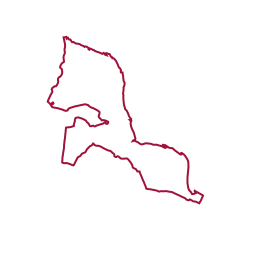 map outline of Mozambique (Mercator projection), rotated 295°
{"feature_id": "MOZ", "entity_name": "Mozambique", "entity_type": "country or territory", "adm_level": 0, "iso_a3": "MOZ", "parent_name": "Africa", "parent_adm1": "", "projection": "mercator", "projection_center": [35.316, -18.663], "detail": "fine", "context": "isolated", "style": "outline", "palette": "rose", "viewbox_px": 256, "rotation_deg": 295, "n_neighbors": 0, "source": "natural_earth", "source_scale": "50m", "svg_char_len": 5398}
<svg xmlns="http://www.w3.org/2000/svg" viewBox="0 0 256 256"><g transform="rotate(295 128 128)"><path d="M80.8,170.1L82.3,168.9L83.9,167.1L85.8,165.1L87.4,163.2L88.9,161.6L90.8,159.5L92.8,157.3L93.3,157.0L93.5,156.8L92.6,154.9L94.0,152.7L94.1,151.3L94.0,149.9L94.2,149.3L94.6,148.7L96.2,147.5L97.4,145.7L98.4,144.0L99.7,141.2L99.9,140.6L99.9,139.9L99.5,139.0L98.6,137.5L97.9,136.2L97.3,134.2L97.9,132.5L98.1,131.4L98.1,130.8L97.9,130.3L97.2,129.9L96.7,129.6L96.5,128.9L96.5,128.1L96.7,127.6L98.2,126.8L98.5,126.4L98.7,126.0L98.7,125.3L99.2,123.7L99.7,122.1L99.8,121.5L99.6,121.1L99.4,120.2L99.3,118.8L99.3,115.1L99.6,111.3L99.5,109.1L98.5,106.6L98.4,104.9L99.1,103.6L99.2,102.9L98.7,102.8L97.7,102.7L96.9,102.5L95.8,101.4L93.7,100.6L91.4,99.8L88.0,99.6L85.2,97.1L83.0,96.7L82.3,96.4L80.2,94.9L76.9,94.7L73.4,94.6L71.3,94.5L71.0,94.3L70.8,92.3L70.8,90.5L70.6,88.9L70.3,87.1L69.8,86.4L69.2,85.2L68.9,83.8L68.9,83.2L69.0,82.9L71.4,82.0L72.4,81.5L73.9,81.0L76.6,80.2L79.0,79.5L81.2,78.9L83.5,78.2L84.5,77.7L85.7,77.2L88.5,76.3L89.3,76.0L90.9,75.5L91.7,75.3L94.8,74.2L98.4,73.0L99.7,72.5L102.1,71.7L102.5,72.0L104.1,74.9L105.4,76.5L106.9,78.1L107.1,78.0L107.6,77.6L108.3,77.5L110.6,77.1L111.5,77.1L112.1,76.7L113.3,76.4L114.6,76.2L115.1,76.4L116.6,78.4L116.8,79.9L117.1,82.2L117.1,83.2L117.1,84.7L117.0,86.5L115.8,88.6L115.6,89.6L114.9,91.2L114.1,92.0L113.7,92.6L113.7,93.3L114.1,93.9L115.1,94.9L115.4,95.5L115.3,96.1L115.3,96.9L115.6,97.5L115.8,97.8L116.8,98.3L117.8,99.6L119.4,101.2L121.3,103.4L122.2,104.1L123.0,104.3L123.3,105.0L123.1,105.9L122.6,106.4L122.8,107.1L123.1,107.5L123.5,107.7L124.3,107.7L125.1,107.6L125.3,107.3L125.2,104.0L124.6,102.0L124.1,101.2L123.9,101.1L124.1,100.5L124.8,98.9L125.3,97.5L125.7,96.8L126.1,96.5L128.7,96.1L130.0,95.7L130.5,95.3L130.9,94.1L131.2,90.9L131.3,87.9L131.0,86.1L131.4,83.4L132.0,81.8L131.7,81.5L131.5,79.3L129.8,76.9L127.5,73.9L126.2,72.2L124.8,70.4L122.2,67.5L121.0,66.4L120.4,66.0L118.3,65.7L117.7,65.1L117.2,64.2L117.0,62.6L117.0,61.3L116.7,59.3L116.3,56.3L116.1,55.4L115.5,53.2L115.0,51.1L114.9,50.6L115.1,50.1L116.1,48.5L116.8,47.4L117.1,46.8L117.7,45.2L117.8,44.4L118.3,44.0L120.1,43.9L121.6,43.9L124.1,43.9L126.7,44.0L127.1,44.0L127.7,44.2L128.3,44.2L129.1,44.0L129.9,43.4L130.8,42.5L132.2,42.5L134.1,43.4L135.1,44.3L135.3,45.0L136.6,45.4L139.0,45.5L140.7,45.1L141.8,44.3L142.9,43.8L144.1,43.8L145.0,44.1L145.6,44.7L146.8,45.1L148.5,45.4L150.4,45.0L152.4,43.9L153.6,42.8L153.8,41.6L154.2,40.9L154.6,40.7L155.6,40.5L157.4,40.5L159.0,40.9L160.9,42.0L162.2,41.3L164.3,39.9L166.4,39.2L168.5,39.2L170.2,38.7L171.5,37.7L172.9,37.1L174.3,36.8L175.7,36.4L177.6,35.3L179.6,33.8L181.6,32.3L182.9,31.3L183.5,32.4L184.5,33.5L183.9,34.1L183.1,34.7L184.4,35.4L183.5,36.6L183.3,37.3L183.6,37.6L183.8,38.1L183.2,39.4L182.4,40.4L182.2,41.1L182.9,42.4L182.5,44.8L183.2,46.9L183.4,48.0L183.6,48.8L183.3,50.1L183.4,52.3L183.5,53.2L183.1,54.3L183.8,54.7L184.2,55.9L184.1,57.3L183.9,58.1L182.7,59.0L182.6,59.4L182.6,59.9L184.0,59.9L184.1,60.8L184.0,61.4L184.1,62.7L183.9,63.5L184.2,64.4L183.8,65.4L183.9,66.2L183.9,67.2L184.3,69.8L184.3,73.0L184.4,73.5L184.9,73.8L185.7,74.0L185.7,74.9L184.8,76.0L184.8,76.7L184.9,77.7L185.8,76.4L186.3,76.4L186.8,76.9L186.8,77.7L186.9,78.1L186.8,78.8L187.1,79.8L187.0,80.6L186.4,81.2L185.5,82.2L185.4,83.2L185.4,83.8L184.9,84.0L184.6,84.4L185.0,85.3L185.0,86.1L183.9,88.5L181.2,91.9L180.0,93.1L178.9,94.4L178.9,94.9L178.8,95.4L177.5,97.2L176.2,97.5L175.4,98.0L176.0,99.6L175.1,100.0L173.5,101.3L169.3,103.8L168.6,104.4L167.5,105.9L166.1,106.3L165.3,106.7L163.9,106.8L163.4,106.7L162.9,106.8L162.5,107.1L159.7,108.2L157.1,109.0L156.4,109.4L156.0,109.9L153.7,110.8L150.0,112.9L147.0,114.8L144.9,116.8L144.3,117.1L143.7,117.8L143.4,118.8L143.2,119.4L141.6,121.5L139.2,123.9L138.7,124.6L137.8,126.0L137.7,126.9L136.8,127.2L136.1,126.3L135.8,128.0L135.2,128.1L134.6,127.8L133.0,128.6L131.6,129.5L129.3,131.5L126.1,135.4L121.5,139.2L120.9,139.3L120.4,139.3L119.0,138.0L118.2,137.9L118.9,138.7L119.3,139.3L119.2,140.6L119.3,142.5L118.7,146.2L118.8,147.0L119.4,148.1L120.7,149.4L121.9,151.0L123.4,155.6L123.5,158.0L125.0,161.1L125.1,162.4L125.7,165.7L125.7,168.4L125.6,170.0L126.3,170.7L126.6,170.1L126.5,169.1L126.7,167.4L127.1,166.7L127.6,166.8L127.7,167.5L128.0,168.2L128.1,168.9L128.1,169.8L127.5,173.2L127.7,174.6L128.5,176.9L127.6,179.6L126.3,185.9L126.2,187.0L126.5,187.5L127.2,187.6L127.5,186.8L127.9,186.8L128.1,187.3L127.5,190.2L126.9,191.5L124.9,194.7L123.8,196.1L122.0,197.4L117.7,199.5L109.1,202.5L105.7,204.0L103.7,204.9L99.4,207.7L97.5,209.6L96.7,211.8L96.0,212.8L95.2,214.1L95.9,215.1L96.5,216.0L97.2,216.5L97.6,217.0L98.1,217.3L98.6,215.6L98.9,215.1L99.3,215.0L99.1,217.1L98.6,224.3L98.5,224.6L97.3,224.6L95.2,224.6L94.0,224.7L92.6,224.7L90.9,224.4L89.9,224.4L89.9,220.5L89.5,219.6L89.2,218.3L89.1,217.5L89.3,216.7L89.4,215.4L89.4,214.2L88.3,213.7L88.1,213.5L87.9,212.6L87.8,211.2L88.5,209.5L88.4,206.1L88.5,204.9L88.5,202.6L88.5,199.8L88.5,197.2L88.5,195.1L88.3,194.0L88.1,193.5L87.7,192.3L87.1,189.9L86.4,188.1L85.6,186.9L85.3,186.3L85.1,185.5L84.3,184.0L83.6,183.2L83.4,182.5L83.5,180.7L82.7,177.5L82.2,175.2L81.4,172.7L80.9,171.0L80.8,170.7L80.8,170.1ZM118.9,50.0L119.2,49.7L119.4,49.4L119.4,49.1L119.2,48.9L118.9,48.7L118.5,48.8L118.4,49.2L118.3,49.9L118.6,50.1L118.9,50.0ZM118.1,48.9L117.9,48.5L117.5,48.4L117.1,48.5L117.0,48.9L117.4,49.5L117.9,49.5L118.1,48.9Z" fill="none" stroke="#9f1239" stroke-width="2"/></g></svg>